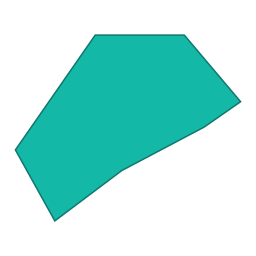 outline of City of Freeport
{"feature_id": "BHS-5010", "entity_name": "City of Freeport", "entity_type": "District", "adm_level": 1, "iso_a3": "BHS", "parent_name": "The Bahamas", "parent_adm1": "", "projection": "robinson", "projection_center": [-78.623, 26.526], "detail": "fine", "context": "isolated", "style": "filled", "palette": "teal", "viewbox_px": 256, "rotation_deg": 0, "n_neighbors": 0, "source": "natural_earth", "source_scale": "10m", "svg_char_len": 223}
<svg xmlns="http://www.w3.org/2000/svg" viewBox="0 0 256 256"><path d="M240.6,101.7L204.1,127.1L122.0,170.4L54.8,220.9L15.4,149.9L95.2,35.1L184.3,35.1L240.6,101.7Z" fill="#14b8a6" stroke="#0f766e" stroke-width="1.5"/></svg>